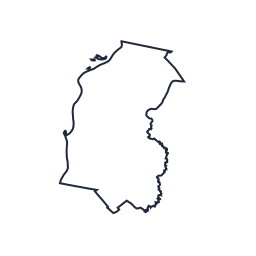 San Cosme, Corrientes, Argentina (Equal Earth projection), rotated 311°
{"feature_id": "61730980B19808130857277", "entity_name": "San Cosme", "entity_type": "district", "adm_level": 2, "iso_a3": "ARG", "parent_name": "Argentina", "parent_adm1": "Corrientes", "projection": "equal_earth", "projection_center": [-58.507, -27.393], "detail": "fine", "context": "isolated", "style": "outline", "palette": "slate", "viewbox_px": 256, "rotation_deg": 311, "n_neighbors": 0, "source": "geoboundaries", "source_scale": "gbopen_adm2", "svg_char_len": 5766}
<svg xmlns="http://www.w3.org/2000/svg" viewBox="0 0 256 256"><g transform="rotate(311 128 128)"><path d="M199.9,139.8L201.9,132.1L203.9,124.2L205.0,113.2L205.2,109.4L208.3,109.3L209.6,108.5L211.2,108.4L213.0,110.6L214.3,110.7L191.6,70.5L189.2,66.2L188.2,66.9L187.8,67.8L186.7,68.9L185.7,69.4L185.6,69.5L184.8,69.9L183.6,69.7L182.5,69.5L181.1,69.1L179.7,68.9L176.2,68.5L174.5,68.5L172.8,68.7L171.7,68.9L169.9,69.1L168.9,69.4L167.6,69.5L166.5,69.4L166.0,69.5L164.8,69.1L164.2,68.7L163.5,68.5L161.6,67.8L159.8,66.8L156.8,65.3L155.3,64.9L154.5,64.5L152.9,64.1L150.3,63.4L149.1,62.7L147.7,61.9L142.9,59.5L140.5,58.6L137.8,58.3L135.7,58.3L133.3,58.4L131.8,58.8L130.9,59.5L130.2,60.2L129.4,61.8L128.0,65.7L126.9,67.4L125.7,68.7L123.8,70.0L121.9,70.6L118.6,71.3L117.4,71.5L115.9,71.8L113.9,71.9L113.2,71.8L112.1,71.7L110.7,71.7L109.2,72.2L107.9,72.9L105.6,74.3L103.7,75.8L98.9,80.6L96.7,83.1L93.9,85.5L91.9,86.6L90.8,87.0L89.4,87.3L87.0,87.5L85.4,87.4L84.3,87.1L82.6,86.5L81.4,85.9L80.8,85.8L77.8,90.9L75.9,92.5L70.5,96.6L65.7,101.1L62.7,104.8L58.4,108.9L55.3,110.0L50.5,110.2L44.7,111.4L41.7,112.9L47.6,123.0L53.5,133.0L57.6,139.9L60.8,145.1L58.5,144.6L57.7,149.5L56.9,155.5L55.4,164.7L54.2,164.6L54.3,166.3L54.2,170.6L54.2,172.7L55.6,173.5L57.1,174.3L59.0,174.7L60.7,174.8L61.0,172.5L71.2,174.5L72.3,174.7L72.2,175.3L72.5,175.8L72.6,176.7L72.6,177.5L72.7,178.0L72.9,178.5L73.2,179.5L72.9,180.1L73.0,181.0L72.9,182.8L72.7,184.2L72.7,185.3L72.8,187.2L73.9,188.0L74.1,188.6L75.0,189.0L75.6,189.3L76.1,189.8L76.3,190.4L76.2,191.1L76.2,191.7L76.5,192.3L76.4,193.0L76.6,193.7L76.3,194.6L75.8,195.2L75.8,195.3L76.1,195.7L76.0,196.3L76.7,196.8L77.3,196.7L77.8,196.9L78.4,197.2L78.4,196.4L77.8,196.1L78.0,195.3L78.7,195.7L79.4,196.3L79.8,196.4L80.1,195.5L80.8,195.1L81.3,194.9L81.8,195.2L82.3,194.9L82.9,194.7L83.2,195.6L83.4,196.5L82.9,197.3L83.6,197.2L84.4,197.4L85.0,198.0L85.6,198.1L86.4,198.4L86.1,199.4L86.6,200.5L86.6,199.6L87.0,199.1L87.7,199.3L88.4,199.3L89.1,199.0L89.4,198.4L89.7,197.7L90.1,197.4L90.4,198.4L90.5,199.3L91.1,199.2L91.7,199.6L92.1,199.8L92.3,199.1L92.8,199.3L93.9,197.2L94.5,197.4L94.4,198.1L94.8,198.7L95.4,198.9L95.6,197.9L95.3,197.1L94.9,196.5L95.8,196.5L96.2,195.8L96.9,195.2L97.6,195.3L98.0,195.7L98.4,196.2L98.9,197.1L99.3,196.4L100.5,196.2L100.5,195.5L100.9,194.9L101.3,194.6L101.8,194.4L101.8,193.7L101.4,193.4L101.7,192.9L101.6,192.2L101.6,191.5L102.7,191.4L103.2,191.2L103.4,190.6L103.2,190.0L103.5,189.4L104.1,189.1L104.3,189.2L105.5,189.5L106.3,189.2L106.9,188.5L107.1,187.4L107.8,187.2L107.8,186.5L107.2,186.0L107.7,185.4L109.2,185.1L109.3,184.2L110.0,183.8L109.9,183.1L109.6,182.4L109.9,182.0L110.5,182.1L111.3,182.1L112.2,182.5L112.9,183.0L113.3,183.7L114.5,184.5L115.3,184.4L115.8,184.4L116.3,184.3L117.0,184.5L117.5,184.6L118.0,184.5L118.6,184.6L119.0,183.6L119.6,183.2L120.1,183.9L120.8,183.6L121.5,183.7L121.9,184.2L122.4,183.9L122.5,182.9L123.1,182.4L123.3,181.7L123.7,181.0L124.4,181.3L124.3,180.5L124.6,180.0L125.2,179.9L126.0,179.6L126.1,178.8L126.7,178.8L127.1,179.3L127.4,179.8L128.1,180.0L128.6,179.5L129.1,178.7L129.8,178.5L130.1,177.8L129.9,177.1L129.7,176.4L130.2,176.3L130.8,176.3L131.3,175.9L131.8,175.4L132.4,175.4L133.0,175.2L133.5,174.7L134.0,174.6L134.5,174.8L135.0,174.9L135.4,174.4L135.3,173.8L134.9,173.2L134.4,173.1L134.5,172.6L135.2,172.0L135.7,171.7L136.1,171.0L136.4,171.8L136.9,171.9L137.4,171.6L137.9,171.0L137.8,170.1L137.3,169.7L137.4,168.9L137.2,168.2L136.5,167.9L136.6,167.3L137.1,167.1L137.2,166.4L136.8,165.5L137.0,164.9L137.7,165.0L138.1,164.7L138.7,163.9L138.3,163.2L136.8,162.7L136.9,162.1L138.5,161.3L138.4,160.5L137.3,160.0L137.3,158.7L137.3,157.8L137.1,156.8L137.2,155.8L137.4,154.8L136.7,154.5L136.0,154.1L135.5,153.7L135.4,153.0L134.9,152.3L134.4,151.6L134.5,150.9L134.2,150.0L134.4,149.1L135.0,149.1L135.7,149.8L136.2,149.6L137.1,149.1L137.4,148.3L137.3,147.7L137.3,146.6L137.4,145.3L137.9,144.8L138.5,145.0L139.1,145.0L139.6,145.1L140.8,144.6L141.3,144.8L141.7,145.2L142.1,146.0L142.5,145.6L143.2,145.9L143.6,145.0L144.1,144.5L144.8,144.4L145.5,144.2L145.5,143.3L145.7,142.5L146.3,142.1L146.9,142.0L148.5,142.0L149.3,141.9L150.0,141.2L150.3,140.4L150.3,139.4L149.8,138.5L149.4,138.0L149.2,137.1L149.4,136.1L149.3,134.6L149.7,133.4L150.2,132.9L151.3,132.2L152.1,131.8L153.0,131.5L154.1,131.5L155.8,131.9L157.3,132.6L158.1,133.3L159.7,135.8L160.6,136.6L161.8,136.9L165.9,137.1L167.3,137.3L169.5,137.1L171.1,136.7L172.0,136.1L175.0,135.7L180.4,134.4L182.6,133.7L184.3,132.9L188.8,131.4L190.2,131.1L192.2,131.0L193.7,131.7L195.1,133.1L197.3,136.5L199.9,139.8ZM163.2,58.1L163.0,57.5L162.7,56.9L162.5,56.7L162.3,56.7L162.3,57.1L162.3,57.5L162.3,58.0L162.4,58.3L161.9,58.2L161.5,57.9L161.4,58.0L161.4,58.3L161.3,58.6L161.1,58.6L160.9,58.0L160.5,57.6L160.1,57.1L159.9,57.0L159.9,57.4L160.1,58.0L160.4,58.6L160.6,59.3L160.5,60.2L161.0,61.3L161.6,62.1L161.8,62.2L162.9,63.7L163.1,63.6L163.4,63.7L163.6,64.1L163.8,64.1L164.0,64.0L164.2,63.8L164.5,63.5L164.4,63.2L163.9,62.6L163.7,61.8L163.5,61.1L163.4,58.8L163.2,58.1ZM82.7,84.8L83.9,84.4L84.5,83.5L84.7,83.0L84.8,82.5L84.5,82.3L83.9,82.2L83.0,82.7L82.2,82.7L81.4,84.0L81.4,84.7L82.0,84.8L82.7,84.8ZM164.4,64.3L164.0,64.3L163.9,64.5L164.1,64.7L164.6,64.8L164.9,64.9L165.8,65.1L165.7,65.3L165.4,65.3L165.2,65.4L165.3,65.5L165.7,65.5L165.8,65.5L166.4,65.5L167.2,65.3L167.5,65.0L167.6,64.6L167.2,64.4L166.1,64.5L165.7,64.3L164.7,64.4L164.4,64.3ZM157.1,56.7L156.2,56.1L155.7,55.5L155.7,56.0L156.5,56.7L156.2,56.7L155.9,56.6L155.6,56.5L155.5,56.3L155.4,56.3L155.5,56.6L156.2,57.2L156.4,57.6L156.6,58.1L156.9,58.5L157.3,58.5L157.6,58.5L157.6,58.2L157.4,57.3L157.1,56.7ZM148.7,59.7L148.9,59.6L148.9,59.4L148.5,59.0L147.7,58.7L146.5,58.5L146.1,58.5L146.5,59.1L147.1,59.2L147.8,59.7L148.5,59.8L148.7,59.7Z" fill="none" stroke="#1e293b" stroke-width="2"/></g></svg>